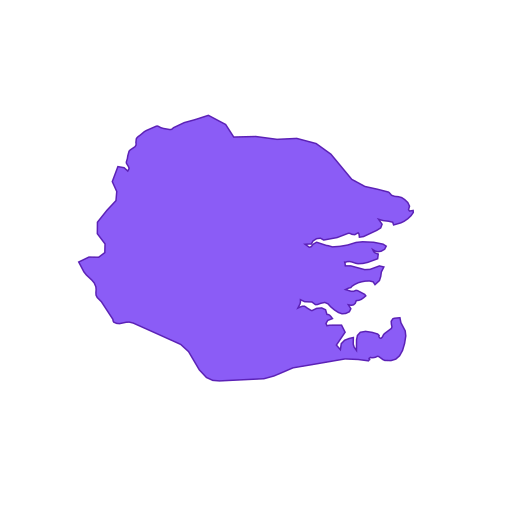 Boke, Mercator projection, rotated 233°
{"feature_id": "GIN-5629", "entity_name": "Boke", "entity_type": "Prefecture", "adm_level": 1, "iso_a3": "GIN", "parent_name": "Guinea", "parent_adm1": "", "projection": "mercator", "projection_center": [-14.564, 11.071], "detail": "fine", "context": "isolated", "style": "filled", "palette": "violet", "viewbox_px": 512, "rotation_deg": 233, "n_neighbors": 0, "source": "natural_earth", "source_scale": "10m", "svg_char_len": 3596}
<svg xmlns="http://www.w3.org/2000/svg" viewBox="0 0 512 512"><g transform="rotate(233 256 256)"><path d="M288.8,102.6L290.1,102.8L291.6,103.6L312.6,105.0L318.4,104.2L321.0,104.7L323.2,106.2L325.4,108.1L327.8,109.6L331.9,110.6L335.4,110.4L343.0,109.1L346.9,109.0L357.9,110.8L355.7,121.9L349.7,129.6L349.7,137.3L356.5,142.7L369.3,142.7L378.4,149.7L382.2,164.4L384.5,177.5L391.3,183.6L401.9,186.0L410.5,199.5L405.9,203.8L401.0,204.7L402.2,207.2L403.2,207.7L404.7,208.0L407.9,208.3L409.0,208.9L411.3,212.0L413.1,213.8L416.1,217.7L416.4,219.4L416.1,225.1L416.7,226.8L417.8,227.8L418.9,228.4L421.6,230.9L422.1,232.2L422.3,233.9L422.2,236.1L422.5,241.6L422.2,244.0L419.7,254.5L419.1,255.5L418.2,256.1L415.8,257.2L413.6,258.8L408.7,263.4L407.9,264.9L408.1,267.4L405.7,279.0L401.8,288.8L397.0,302.6L379.3,310.9L364.4,309.8L351.6,327.7L336.5,343.0L325.4,359.3L309.6,371.7L292.2,377.1L259.6,378.6L246.0,384.8L236.2,393.2L226.9,400.6L227.0,400.5L226.9,400.5L222.9,400.8L220.1,402.7L217.8,405.3L215.0,407.5L211.6,408.7L207.3,409.4L203.4,408.6L201.2,405.7L199.5,405.7L197.8,408.9L196.1,407.8L194.9,404.1L194.4,399.6L194.6,395.1L195.3,391.6L198.0,384.6L200.7,385.5L204.1,382.7L207.8,378.8L211.6,376.0L205.5,375.8L203.4,372.5L203.8,367.9L206.8,353.6L208.8,349.9L211.6,351.5L213.1,351.5L213.6,347.7L215.5,345.7L217.6,344.6L218.6,343.4L221.9,331.9L228.0,319.7L231.4,318.2L233.4,314.8L233.7,310.7L232.3,307.3L233.3,306.1L235.8,302.3L230.8,303.8L230.2,305.8L231.0,308.6L230.5,312.7L222.0,318.6L221.0,319.7L217.3,322.5L213.1,329.0L209.6,335.8L206.6,344.1L203.2,349.7L196.1,358.3L189.0,364.6L185.5,365.9L184.0,362.8L184.5,358.8L186.0,356.0L188.1,354.2L190.9,353.1L189.1,352.7L187.6,352.7L186.0,353.4L184.0,354.8L180.6,351.5L183.7,341.3L185.7,336.9L188.4,332.9L190.0,331.4L193.5,329.0L195.2,327.5L196.6,325.5L197.2,323.7L197.7,323.1L196.4,322.6L194.4,321.4L191.0,325.8L179.7,334.6L176.7,339.0L173.8,348.6L170.3,351.5L167.8,346.5L164.6,343.3L162.1,339.8L161.5,333.8L164.9,334.0L167.8,331.6L170.2,328.1L171.8,324.9L173.1,321.6L173.9,317.7L174.1,314.4L173.7,312.7L174.4,311.2L174.8,310.1L175.3,307.3L170.6,310.7L169.0,312.8L168.4,315.2L167.2,316.3L160.0,319.7L158.1,319.7L157.9,316.8L158.0,314.0L158.7,311.5L160.0,309.2L158.5,306.8L158.3,304.5L159.3,302.4L161.5,300.4L156.8,300.0L155.3,297.0L156.1,293.1L158.1,289.9L161.3,287.8L165.7,286.2L170.4,285.1L174.5,284.7L177.5,283.0L179.2,279.4L180.3,275.8L181.4,274.2L185.6,273.0L190.3,267.3L194.4,265.2L192.5,263.8L191.2,262.2L189.2,258.1L188.7,260.5L188.0,262.8L186.7,264.5L184.9,265.2L183.5,265.6L179.5,267.2L178.7,267.8L177.7,272.9L175.0,277.2L171.2,279.2L166.7,277.5L165.5,278.7L164.2,279.2L162.5,279.4L160.0,279.4L161.4,274.5L160.0,271.3L157.6,270.7L156.4,273.2L149.3,282.7L141.5,281.3L136.5,266.6L130.4,267.0L134.7,271.4L135.4,276.1L134.1,280.7L132.3,284.7L127.1,280.6L124.1,279.5L120.1,279.4L128.5,285.8L131.5,289.2L132.3,293.4L129.9,298.1L125.1,302.8L120.5,306.2L118.4,306.5L117.9,305.7L116.7,305.5L115.5,305.7L115.0,306.5L115.2,308.0L116.4,310.5L116.7,311.8L116.7,320.6L117.7,322.0L120.1,323.1L122.5,324.7L123.5,327.5L123.1,328.9L120.1,333.8L115.6,331.6L106.4,330.1L102.0,327.5L96.7,322.0L92.4,316.2L89.9,310.6L89.5,305.6L91.2,300.9L95.1,296.0L96.9,295.0L101.9,293.5L102.9,292.5L103.2,290.6L104.0,288.9L105.0,287.3L106.2,286.3L106.2,284.7L105.1,284.7L104.8,284.3L104.9,283.6L104.6,282.7L111.8,275.4L120.2,265.2L144.4,218.3L149.4,198.1L153.2,188.5L178.2,151.7L182.7,146.6L188.8,143.3L199.2,142.2L220.2,144.6L230.6,142.7L252.9,130.5L276.3,117.6L279.5,115.0L281.2,112.5L284.1,106.3L286.1,104.1L288.8,102.6Z" fill="#8b5cf6" stroke="#5b21b6" stroke-width="1.5"/></g></svg>